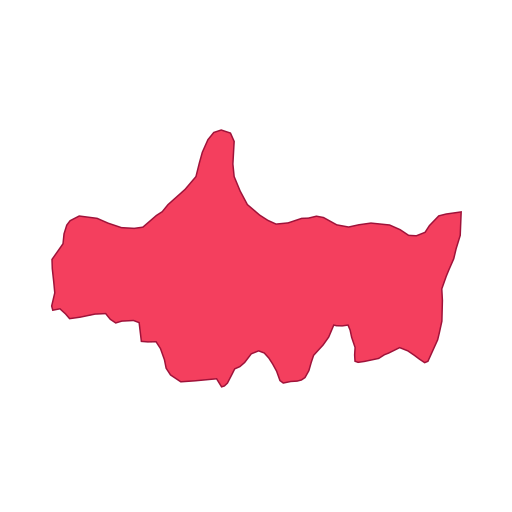 Kota Bharu, Kelantan, Malaysia (Mercator projection), rotated 82°
{"feature_id": "92858781B26165935379781", "entity_name": "Kota Bharu", "entity_type": "district", "adm_level": 2, "iso_a3": "MYS", "parent_name": "Malaysia", "parent_adm1": "Kelantan", "projection": "mercator", "projection_center": [102.27, 6.05], "detail": "fine", "context": "isolated", "style": "filled", "palette": "rose", "viewbox_px": 512, "rotation_deg": 82, "n_neighbors": 0, "source": "geoboundaries", "source_scale": "gbopen_adm2", "svg_char_len": 1762}
<svg xmlns="http://www.w3.org/2000/svg" viewBox="0 0 512 512"><g transform="rotate(82 256 256)"><path d="M225.1,205.5L227.7,219.6L227.2,231.7L222.3,239.4L216.0,246.7L203.9,257.4L189.4,262.7L174.3,266.6L161.7,266.1L139.5,261.7L130.7,264.2L126.4,272.9L127.8,280.6L134.1,287.4L145.8,294.7L155.9,299.1L169.0,304.4L180.2,317.0L192.8,335.9L199.1,342.7L202.0,349.0L211.7,364.0L211.7,372.7L209.2,385.3L202.9,397.9L196.6,408.1L191.8,425.5L194.2,432.4L195.2,435.2L199.1,439.1L207.3,443.0L217.0,445.4L224.3,452.2L231.0,458.5L240.3,459.5L253.8,459.9L264.5,460.4L277.1,465.3L281.4,464.8L281.0,457.5L286.8,452.7L292.1,449.3L292.1,438.6L291.1,423.6L292.1,412.9L298.4,409.1L302.8,404.2L302.6,403.2L301.8,397.9L302.8,386.3L305.7,381.0L324.6,381.4L326.0,375.1L327.0,366.9L334.3,363.5L345.9,361.1L354.6,360.6L361.9,357.2L370.1,348.0L371.1,333.9L372.1,312.1L380.8,308.3L380.3,305.4L377.9,302.0L369.6,296.1L364.8,292.8L363.3,287.4L359.9,282.1L352.2,274.3L350.3,266.6L353.2,261.3L359.0,257.4L365.3,254.5L373.0,251.6L382.7,249.6L385.6,246.7L385.1,239.0L385.6,232.7L385.1,228.3L383.2,224.4L376.9,219.6L369.2,216.2L362.4,212.8L358.0,207.5L353.6,202.1L346.4,195.3L335.2,188.6L336.2,186.1L337.2,180.3L337.2,174.5L342.5,173.1L349.8,172.6L360.4,170.6L367.7,172.1L374.0,172.6L375.5,169.7L375.5,163.4L375.0,156.1L374.5,148.8L371.6,142.5L370.6,138.2L366.7,126.5L371.1,118.8L376.4,113.0L380.8,108.6L385.1,103.8L384.2,100.4L364.3,87.8L358.0,85.3L346.4,81.0L326.0,77.6L314.4,76.6L302.3,70.3L296.5,66.9L286.3,60.6L276.6,56.8L264.0,50.9L240.9,46.7L240.9,61.9L241.7,69.4L250.0,80.0L256.1,85.3L258.3,94.4L256.8,102.0L250.0,109.6L243.9,119.4L239.4,137.6L239.4,149.7L240.2,160.3L236.4,171.7L227.3,183.8L225.0,190.6L225.8,198.9L225.1,205.5Z" fill="#f43f5e" stroke="#9f1239" stroke-width="1.5"/></g></svg>